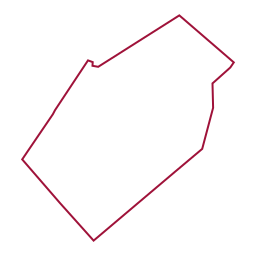 Gonzales, Texas, United States of America
{"feature_id": "52423323B16861027908547", "entity_name": "Gonzales", "entity_type": "district", "adm_level": 2, "iso_a3": "USA", "parent_name": "United States of America", "parent_adm1": "Texas", "projection": "orthographic", "projection_center": [-97.525, 29.447], "detail": "fine", "context": "isolated", "style": "outline", "palette": "rose", "viewbox_px": 256, "rotation_deg": 0, "n_neighbors": 0, "source": "geoboundaries", "source_scale": "gbopen_adm2", "svg_char_len": 334}
<svg xmlns="http://www.w3.org/2000/svg" viewBox="0 0 256 256"><path d="M60.1,203.2L93.6,240.6L174.6,172.1L202.2,148.9L213.1,107.8L212.5,83.4L230.3,67.5L233.8,62.4L179.3,15.4L98.2,66.8L92.5,65.8L92.7,62.1L88.0,60.4L78.7,74.4L55.0,110.2L52.9,114.2L27.6,151.4L22.2,159.4L60.1,203.2Z" fill="none" stroke="#9f1239" stroke-width="2"/></svg>